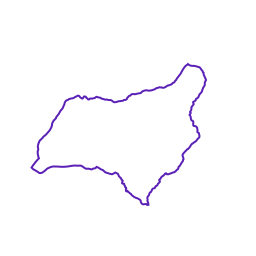 Yacuanquer, Nariño, Colombia (Natural Earth projection), rotated 220°
{"feature_id": "7082276B68439482186320", "entity_name": "Yacuanquer", "entity_type": "district", "adm_level": 2, "iso_a3": "COL", "parent_name": "Colombia", "parent_adm1": "Nariño", "projection": "natural_earth1", "projection_center": [-77.429, 1.122], "detail": "fine", "context": "isolated", "style": "outline", "palette": "violet", "viewbox_px": 256, "rotation_deg": 220, "n_neighbors": 0, "source": "geoboundaries", "source_scale": "gbopen_adm2", "svg_char_len": 5715}
<svg xmlns="http://www.w3.org/2000/svg" viewBox="0 0 256 256"><g transform="rotate(220 128 128)"><path d="M63.0,82.3L63.7,82.9L63.9,83.2L64.3,83.6L66.3,84.6L66.8,85.6L68.0,86.6L68.3,87.0L68.7,87.8L68.8,89.8L68.9,90.3L69.5,91.6L69.7,92.6L69.7,92.8L69.4,93.3L69.3,93.6L69.6,95.3L70.0,96.4L70.0,96.7L70.0,97.1L69.9,97.7L69.7,98.0L69.1,98.8L68.9,99.2L69.4,101.2L69.0,101.6L68.9,102.3L68.8,103.0L68.8,103.3L69.2,104.6L69.1,105.2L69.0,106.0L69.0,106.8L69.1,107.3L69.4,107.8L70.1,107.8L70.5,108.0L70.7,108.3L70.8,108.9L70.5,110.1L70.8,111.0L70.8,112.4L70.7,113.0L70.3,114.2L70.2,115.3L70.2,116.3L70.1,117.2L69.9,117.6L69.6,117.8L69.0,117.5L68.6,117.5L67.9,118.1L67.6,118.2L66.8,119.5L66.3,120.4L65.9,121.0L65.2,122.4L64.3,123.6L64.1,124.4L63.7,125.0L63.7,127.5L63.3,128.3L63.3,128.5L63.5,129.4L64.2,130.7L64.3,130.8L64.0,131.9L64.1,133.0L64.6,135.9L64.7,137.1L64.7,137.6L64.9,138.4L65.4,139.1L65.4,139.7L65.6,140.0L66.8,140.9L68.0,141.6L68.8,142.3L69.1,142.9L69.2,143.6L69.2,145.9L69.0,148.1L68.9,149.8L68.9,150.0L68.5,150.6L68.4,151.8L68.5,153.9L68.8,155.0L68.8,156.7L68.8,157.0L68.3,158.4L68.1,160.0L67.6,160.9L67.5,161.2L67.5,161.8L67.6,164.5L67.5,165.7L67.4,166.4L67.5,166.9L67.8,167.4L68.5,168.2L69.5,168.9L70.2,169.5L70.4,169.6L71.1,169.6L72.1,169.5L72.5,169.7L73.4,171.1L75.4,172.7L75.8,172.8L77.0,172.9L77.4,172.8L78.6,172.1L79.0,171.9L79.3,171.9L80.0,172.2L80.3,172.6L81.4,174.0L82.0,174.8L82.5,175.0L83.1,175.0L83.6,174.8L84.6,174.8L85.2,175.1L85.8,175.5L86.6,176.4L87.7,177.1L88.4,177.5L89.3,177.6L89.4,177.8L89.4,178.7L89.6,179.8L89.9,180.0L90.7,180.1L90.8,180.3L90.9,180.9L91.1,182.2L91.3,182.7L91.9,183.7L92.7,184.5L92.9,186.7L92.9,187.9L93.0,188.5L93.3,188.7L94.5,189.3L94.7,189.6L94.8,189.8L94.1,191.8L94.0,192.3L94.1,193.0L94.5,193.9L94.5,194.3L94.0,195.8L93.9,196.7L94.1,197.4L94.8,199.7L94.9,200.2L94.7,200.6L94.7,200.9L94.8,203.3L95.0,204.0L95.6,205.1L96.3,207.2L96.6,209.5L96.7,209.9L97.1,210.6L98.4,212.2L98.9,213.7L98.9,214.5L99.0,214.7L99.3,215.1L100.8,215.8L102.4,216.6L102.8,216.8L103.5,217.2L104.4,217.6L105.0,218.1L105.6,218.9L106.6,218.9L107.2,219.5L107.7,219.6L108.6,219.7L111.3,220.4L112.2,220.5L116.0,218.8L117.3,218.1L119.0,216.7L120.4,215.9L121.6,215.6L123.2,215.5L123.1,214.8L123.5,213.9L123.8,212.6L123.8,211.9L123.7,209.4L123.5,207.9L122.6,203.3L122.5,201.6L122.5,200.2L122.4,198.9L122.4,197.7L122.0,195.6L122.2,194.8L122.1,193.7L121.9,192.9L122.0,192.4L122.6,191.3L122.7,190.5L122.7,189.7L122.9,189.0L123.8,187.7L124.4,186.5L124.9,186.0L125.2,185.2L125.3,184.5L125.6,183.5L126.4,181.9L127.2,181.3L127.6,180.9L128.7,180.5L129.1,180.0L129.8,179.6L130.3,179.3L130.6,178.5L132.0,176.5L132.3,175.1L132.5,174.7L133.4,173.3L134.1,172.1L135.1,170.9L136.3,169.8L137.0,169.4L138.3,168.6L138.9,168.0L140.0,166.3L140.6,165.0L140.6,163.6L140.8,163.0L141.2,162.3L142.0,161.5L143.6,159.4L144.1,158.6L145.9,157.3L146.4,156.8L146.8,156.2L147.1,155.5L147.0,154.6L147.2,154.1L147.6,153.6L147.8,153.3L147.9,152.8L147.8,151.7L148.0,150.9L147.6,149.7L147.5,149.2L147.6,148.9L147.9,148.0L149.0,147.0L149.2,146.6L149.3,145.9L149.7,145.3L150.5,144.5L152.3,142.5L153.9,140.1L155.1,138.9L155.8,138.7L158.7,138.5L160.0,137.7L161.1,136.8L162.9,136.0L163.4,135.3L164.2,134.8L164.8,134.6L165.5,134.4L166.1,134.0L167.5,133.4L168.4,133.5L168.8,133.3L170.8,132.2L171.1,132.1L172.2,131.6L172.4,131.2L172.7,129.7L173.0,129.2L173.8,128.3L174.2,127.6L175.9,126.3L176.1,125.7L176.1,125.0L176.3,124.7L176.6,124.5L176.9,124.3L177.2,124.3L178.1,124.5L179.5,124.4L180.1,124.7L180.4,124.8L180.7,124.7L181.6,124.2L181.8,124.1L181.9,123.9L181.9,123.5L181.7,121.8L181.8,121.3L182.0,121.1L182.5,121.0L184.1,120.8L185.2,120.9L185.7,121.1L186.2,121.1L186.6,121.0L187.0,120.7L187.4,120.1L187.8,119.2L189.1,115.8L189.5,115.1L190.7,113.9L191.5,112.5L191.9,112.0L191.9,111.7L192.0,111.1L193.0,109.3L193.0,108.1L192.8,106.8L192.4,106.1L192.0,105.3L191.8,104.8L191.6,103.7L190.9,101.9L190.8,101.2L190.7,99.6L190.8,97.9L190.3,95.3L190.0,94.3L190.1,93.7L190.0,91.6L190.0,90.4L189.7,89.6L189.5,89.2L189.6,86.6L189.8,86.0L189.6,85.4L189.5,84.6L189.2,83.8L189.2,83.3L189.0,82.8L188.6,82.0L188.0,81.3L187.1,79.1L186.9,78.1L186.5,76.2L186.5,73.1L186.5,72.6L186.6,70.2L186.7,69.2L187.0,68.2L187.2,66.8L187.1,65.2L187.5,61.5L187.4,61.1L186.8,59.3L186.7,58.6L186.3,58.0L185.7,56.6L184.9,55.6L183.7,54.6L182.7,53.5L182.5,53.0L182.3,52.2L181.3,51.0L179.5,49.3L179.0,49.0L177.9,48.1L177.4,47.9L176.7,47.5L176.9,45.3L176.9,44.0L176.9,41.7L176.8,40.6L176.7,37.9L176.4,35.7L175.9,35.7L174.8,35.5L174.1,35.5L170.3,36.2L167.9,36.5L167.1,36.5L166.6,36.8L166.2,37.1L165.2,38.3L164.9,39.0L164.3,41.3L163.9,44.1L163.6,45.4L162.9,46.9L161.9,48.7L161.2,49.7L160.3,50.7L156.1,54.0L154.4,55.2L152.0,57.2L149.8,59.4L148.6,60.7L146.5,63.2L144.1,65.5L142.7,66.4L141.0,68.0L140.1,68.7L139.4,69.1L134.6,69.6L133.1,70.4L132.8,70.9L132.5,71.2L130.7,72.2L129.9,72.5L129.5,72.7L129.1,73.2L128.8,73.8L128.5,74.6L127.3,76.1L127.0,77.1L127.1,78.0L125.3,78.6L123.1,78.8L122.0,79.0L120.2,79.6L117.8,79.5L116.8,79.5L116.2,79.7L114.5,80.5L112.7,81.1L111.7,81.7L110.8,82.1L110.4,82.4L109.8,83.8L109.3,85.3L109.1,85.7L106.3,86.4L105.8,86.2L104.3,85.4L103.6,85.2L102.3,85.0L101.5,85.1L100.8,84.9L99.7,84.2L99.2,84.3L98.4,84.3L98.0,84.0L97.9,83.8L97.6,82.6L97.0,81.9L96.5,81.9L95.5,82.6L95.3,82.7L94.9,82.7L94.6,82.5L94.3,82.0L93.3,81.7L92.3,81.0L91.8,80.9L91.3,81.1L90.6,80.7L90.1,79.4L89.9,79.2L89.2,78.8L89.0,78.5L88.7,78.4L88.5,78.5L88.3,79.2L88.0,79.5L87.7,79.4L87.2,79.1L85.9,79.3L84.2,79.2L83.3,79.4L82.6,79.1L82.0,79.0L78.9,79.1L78.5,79.3L77.5,79.4L75.9,80.1L73.0,80.7L72.0,80.6L71.5,80.4L70.9,79.8L70.7,79.6L69.2,79.0L68.5,78.9L67.8,79.1L67.1,79.4L66.9,79.6L66.5,80.2L65.2,81.5L64.8,81.6L64.1,81.4L63.8,81.4L63.0,82.3Z" fill="none" stroke="#5b21b6" stroke-width="2"/></g></svg>